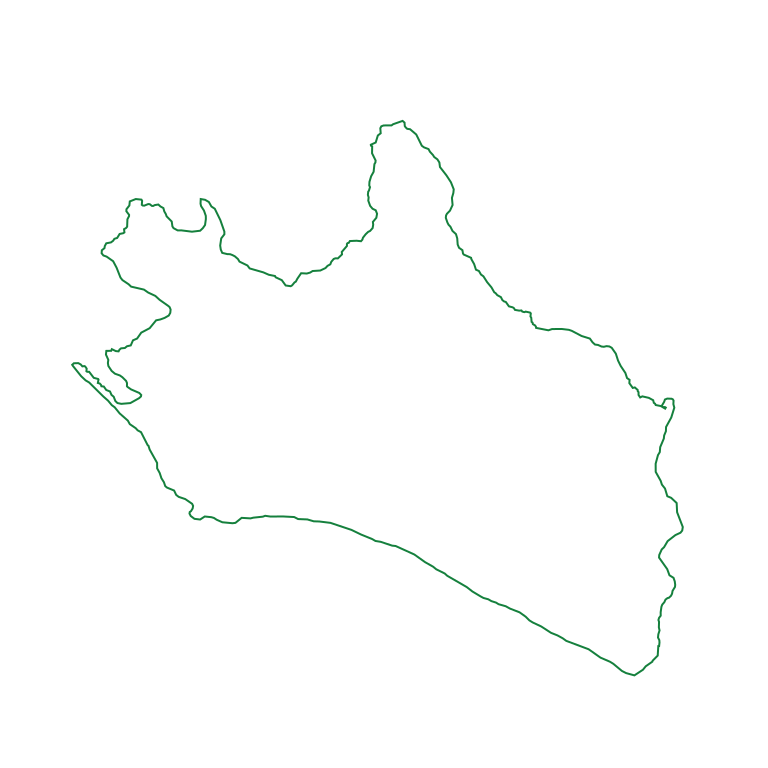 Puerto Jimenez, Puntarenas, Costa Rica (Albers equal-area conic projection), rotated 6°
{"feature_id": "36466004B12090025276311", "entity_name": "Puerto Jimenez", "entity_type": "district", "adm_level": 2, "iso_a3": "CRI", "parent_name": "Costa Rica", "parent_adm1": "Puntarenas", "projection": "albers", "projection_center": [-83.47, 8.533], "detail": "fine", "context": "isolated", "style": "outline", "palette": "green", "viewbox_px": 768, "rotation_deg": 6, "n_neighbors": 0, "source": "geoboundaries", "source_scale": "gbopen_adm2", "svg_char_len": 6123}
<svg xmlns="http://www.w3.org/2000/svg" viewBox="0 0 768 768"><g transform="rotate(6 384 384)"><path d="M73.4,395.8L71.9,397.5L72.8,398.6L82.0,407.9L86.9,411.6L90.6,413.3L106.2,425.8L111.3,429.4L115.5,433.5L118.6,435.3L124.2,440.9L133.1,447.2L135.4,450.5L141.7,453.9L143.8,455.8L147.4,457.3L155.4,469.6L156.2,470.0L157.8,473.7L166.6,486.2L167.2,491.6L170.2,495.9L172.5,501.0L175.4,504.7L177.1,508.4L179.0,509.7L186.4,511.9L188.9,516.0L191.6,517.7L198.3,519.2L205.7,523.2L206.9,525.2L206.7,527.8L205.3,530.7L204.2,531.6L204.1,533.2L205.6,535.5L209.6,537.9L215.3,538.0L219.6,534.5L226.2,534.5L228.9,535.0L231.8,536.5L237.7,538.4L247.9,538.3L250.8,537.6L256.4,532.0L265.3,531.6L268.0,530.6L277.4,528.6L279.6,527.5L284.9,527.7L297.2,526.3L308.6,525.7L312.7,527.3L321.9,526.7L328.5,527.9L333.9,527.5L345.3,527.7L366.9,532.5L376.9,536.1L388.6,539.5L391.9,541.0L397.2,541.3L409.0,543.9L412.5,543.9L432.0,550.4L443.5,556.9L452.0,560.6L455.3,562.8L464.2,566.1L466.9,568.1L487.5,577.3L493.6,581.1L502.4,585.2L505.3,586.4L510.2,587.2L513.5,588.7L518.3,589.7L520.9,591.0L528.3,592.3L532.8,594.2L542.7,596.9L549.2,600.6L553.3,603.9L556.8,605.6L565.7,608.7L576.1,614.0L582.8,615.9L588.3,618.2L592.1,620.4L615.2,626.4L627.9,633.5L637.8,636.6L641.3,638.3L650.6,644.5L655.0,646.2L663.5,647.6L671.4,641.1L673.8,637.4L679.9,632.1L680.1,631.1L684.6,625.5L684.2,616.0L685.0,615.9L685.0,612.3L684.6,610.0L683.0,607.5L683.0,604.2L683.8,600.3L682.8,597.3L682.4,591.8L681.6,590.0L682.0,587.8L683.4,585.5L683.0,582.1L683.2,576.5L683.8,574.3L685.6,571.7L686.5,569.0L688.3,567.3L689.7,566.8L691.6,564.6L692.4,562.4L692.6,559.6L694.6,555.4L694.6,553.3L693.8,549.9L692.2,546.5L687.9,544.4L685.0,538.5L675.7,527.9L675.6,525.3L677.5,519.5L679.6,517.0L682.5,510.6L689.6,503.8L694.4,500.9L695.9,498.6L696.1,495.0L688.9,480.9L687.5,471.8L681.5,467.2L677.5,466.0L674.4,458.6L670.9,455.0L669.3,451.4L663.4,443.0L662.5,434.9L663.9,426.1L665.4,422.9L665.3,417.9L668.0,409.0L668.0,405.9L669.3,401.5L669.0,397.3L673.2,387.3L675.2,377.2L673.9,373.8L673.7,370.2L672.9,369.1L671.6,368.6L667.2,368.9L665.0,370.1L664.5,372.4L662.5,376.8L663.5,377.8L665.9,377.6L666.7,378.0L666.2,379.1L661.6,377.0L656.4,376.5L655.7,375.3L654.3,374.5L653.4,372.0L648.8,370.1L642.2,369.3L640.2,370.6L638.3,368.3L638.0,365.5L637.1,364.6L636.9,363.4L633.8,361.2L631.8,361.9L627.9,357.5L627.8,354.2L625.1,352.7L622.9,347.8L617.5,341.3L614.3,336.2L611.4,329.6L606.7,324.2L604.2,323.1L601.3,323.1L598.8,324.0L596.4,324.0L592.8,322.8L589.7,322.7L587.0,320.7L584.0,317.3L575.5,315.6L565.2,311.5L562.2,310.8L554.9,310.7L545.4,311.8L541.9,313.4L529.4,312.3L529.2,311.3L528.2,310.0L525.8,308.9L525.3,307.4L524.3,306.8L523.5,302.7L522.6,301.5L522.6,298.4L521.8,297.7L517.3,297.2L516.4,297.8L515.4,297.8L513.9,297.5L513.0,296.5L510.8,296.9L506.5,296.6L505.3,295.0L504.0,294.3L500.1,293.7L496.6,289.7L494.7,289.3L492.9,288.1L491.2,285.4L487.4,283.8L485.4,281.9L484.1,281.3L480.8,276.7L475.9,271.9L471.6,266.5L469.0,265.0L466.6,261.7L463.5,260.7L461.1,255.3L457.9,250.8L457.4,249.4L449.7,246.9L448.9,245.9L448.0,242.7L444.4,240.7L442.7,237.6L441.6,231.5L439.9,227.4L436.1,224.6L433.6,220.6L431.5,218.8L430.2,216.8L428.1,212.3L428.1,209.9L428.8,208.1L431.5,204.7L433.5,198.8L432.1,191.8L433.0,186.8L433.0,183.1L429.5,176.4L424.3,170.0L417.0,162.4L415.9,157.9L413.6,155.0L410.2,153.0L408.8,151.2L405.4,148.2L403.7,145.7L399.1,144.5L396.7,143.1L390.0,132.5L383.3,127.9L380.4,127.8L378.7,126.5L377.7,125.3L377.1,121.9L375.0,120.4L365.9,124.7L364.5,126.0L356.6,126.9L354.4,128.0L353.6,130.0L354.5,135.0L351.9,137.5L350.5,144.7L345.9,147.4L346.1,148.3L347.4,148.9L348.0,155.8L352.3,162.6L352.3,164.6L351.5,166.3L351.5,174.0L349.5,178.7L348.4,184.5L348.6,188.1L349.5,189.7L348.8,193.3L348.2,194.3L348.2,197.6L349.2,200.0L349.2,203.3L351.6,208.3L354.3,210.9L357.6,212.1L359.3,215.4L359.0,219.5L356.0,224.0L356.6,226.6L356.4,230.1L354.2,233.2L352.3,234.4L350.1,237.0L347.8,240.7L347.4,242.7L346.2,244.4L341.7,244.4L335.1,245.4L334.2,247.3L333.0,247.7L332.5,248.6L332.7,250.6L328.2,257.1L328.7,259.5L325.0,263.9L322.5,264.1L320.9,264.9L318.8,268.0L318.1,270.6L315.5,272.4L313.7,274.8L308.8,277.8L301.2,279.1L298.9,280.9L295.7,282.2L290.0,282.5L286.8,288.4L285.6,291.4L284.4,292.3L282.3,295.5L281.0,296.5L275.9,296.3L271.5,291.4L265.1,289.2L264.3,288.0L258.0,287.4L252.4,285.6L238.3,283.1L235.8,280.4L227.5,277.4L225.7,275.0L222.3,272.6L219.7,271.6L217.4,271.0L214.6,271.2L209.4,270.5L207.6,267.3L206.6,263.4L206.9,256.2L209.6,251.8L209.3,249.1L204.1,238.1L197.4,227.4L193.8,225.5L190.8,221.3L186.8,219.5L182.4,219.2L182.7,223.9L183.5,226.2L186.8,230.3L189.2,235.4L189.6,238.6L189.4,244.6L187.5,248.0L185.1,250.8L177.1,252.6L166.3,252.4L162.7,252.8L158.4,251.0L157.1,249.4L155.9,244.6L150.3,240.0L149.2,237.7L147.5,235.4L146.2,232.1L143.1,230.8L140.8,229.1L137.4,230.0L135.7,231.1L134.5,231.1L132.3,229.7L130.7,229.7L126.9,231.7L125.3,231.7L124.4,231.1L124.3,227.1L123.5,226.0L117.8,226.0L112.1,229.0L112.1,233.1L109.6,237.1L109.7,239.1L112.8,242.4L112.9,243.7L111.6,247.0L112.1,254.4L111.2,255.8L109.3,257.2L110.0,260.4L108.9,261.3L105.4,262.4L103.4,266.6L100.7,267.8L99.7,269.8L97.7,271.7L93.1,273.1L91.9,276.0L91.8,278.1L89.4,280.5L89.5,283.5L91.5,285.5L94.8,286.3L101.8,290.2L105.9,296.3L110.8,305.7L113.0,308.0L119.6,311.5L122.3,313.6L135.4,315.2L139.9,317.7L147.4,320.3L152.0,323.7L161.6,329.1L162.8,330.0L164.0,332.3L164.0,335.6L162.8,338.4L158.9,341.2L154.8,343.2L150.7,344.5L145.1,353.0L137.2,358.3L133.7,364.6L129.8,366.8L128.1,372.1L124.5,373.3L122.5,375.3L118.8,376.0L117.4,377.4L116.6,379.3L113.8,379.3L109.7,377.8L109.2,379.5L104.4,380.1L104.4,383.8L107.3,388.8L107.2,392.0L108.0,394.9L111.8,399.5L115.4,401.9L120.4,403.1L123.1,404.6L127.2,407.9L128.3,409.9L128.6,413.1L129.2,413.7L133.0,415.8L141.6,418.5L143.7,420.3L143.6,421.8L141.9,423.7L133.7,429.5L124.8,431.2L120.9,430.8L118.6,429.0L116.5,424.9L114.1,423.3L112.3,420.1L108.4,419.0L105.6,415.8L103.2,415.8L102.6,414.4L101.2,413.2L99.3,412.9L99.6,409.4L99.2,408.9L94.7,408.2L89.5,402.7L87.6,402.9L86.7,402.4L86.7,399.8L85.0,397.8L84.1,397.5L82.2,398.0L80.4,396.3L77.8,395.2L73.4,395.8Z" fill="none" stroke="#15803d" stroke-width="2"/></g></svg>